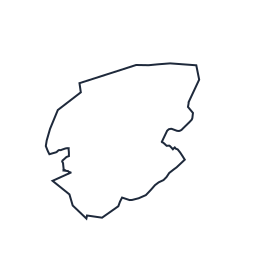 Osogbo, Osun, Nigeria (Mercator projection), rotated 144°
{"feature_id": "59680162B73238408569532", "entity_name": "Osogbo", "entity_type": "district", "adm_level": 2, "iso_a3": "NGA", "parent_name": "Nigeria", "parent_adm1": "Osun", "projection": "mercator", "projection_center": [4.558, 7.753], "detail": "fine", "context": "isolated", "style": "outline", "palette": "slate", "viewbox_px": 256, "rotation_deg": 144, "n_neighbors": 0, "source": "geoboundaries", "source_scale": "gbopen_adm2", "svg_char_len": 1332}
<svg xmlns="http://www.w3.org/2000/svg" viewBox="0 0 256 256"><g transform="rotate(144 128 128)"><path d="M214.9,79.2L212.6,81.3L201.7,70.7L181.8,70.4L177.8,73.1L173.7,75.2L169.1,68.8L167.0,67.4L160.7,64.9L153.0,63.2L145.9,64.5L139.8,65.9L135.1,66.0L129.9,65.0L125.6,65.7L121.1,67.4L115.3,67.6L111.9,67.6L100.7,69.0L100.4,73.3L100.2,77.6L100.4,81.5L101.5,83.2L101.6,84.8L102.7,84.7L104.2,84.4L104.4,86.6L104.7,88.7L105.0,89.5L107.2,90.9L107.6,92.9L107.7,93.7L107.9,94.1L108.0,95.1L108.8,96.5L108.8,96.9L97.9,102.8L95.7,103.0L94.1,102.3L93.2,101.7L90.0,96.9L88.5,95.6L87.3,95.2L85.9,95.0L83.4,95.4L74.5,96.7L71.5,97.3L70.1,98.2L69.0,99.4L66.6,102.0L67.1,109.8L64.1,112.7L63.9,113.2L42.0,125.3L35.9,138.6L55.9,155.5L66.3,161.9L74.3,166.6L84.4,174.2L114.2,184.0L140.9,192.8L145.2,184.6L174.2,183.8L191.6,173.1L201.1,165.7L205.1,161.7L206.0,158.2L206.5,156.1L207.0,153.0L201.0,150.8L200.0,150.5L197.7,150.8L196.8,150.7L195.4,149.6L193.8,149.2L190.6,148.2L189.0,147.4L187.9,146.5L188.5,145.8L190.1,143.1L192.3,140.0L194.8,140.7L198.5,140.3L200.1,140.2L201.0,139.5L201.1,138.2L201.6,137.0L201.8,136.8L202.2,136.1L204.2,132.6L204.6,132.3L204.1,131.6L204.9,131.3L203.0,129.5L201.8,128.3L201.7,127.4L201.1,126.5L200.6,125.8L200.7,125.6L220.1,129.6L214.4,108.7L218.3,97.8L214.9,79.2Z" fill="none" stroke="#1e293b" stroke-width="2"/></g></svg>